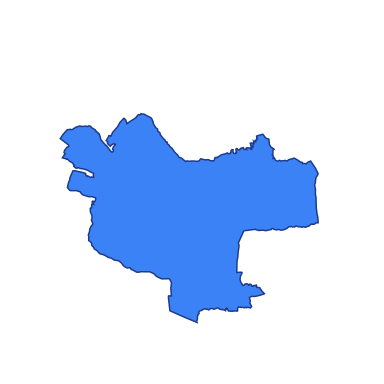 Samburesti, Olt, Romania, rotated 51°
{"feature_id": "2599482B81020237886939", "entity_name": "Samburesti", "entity_type": "district", "adm_level": 2, "iso_a3": "ROU", "parent_name": "Romania", "parent_adm1": "Olt", "projection": "albers", "projection_center": [24.401, 44.822], "detail": "fine", "context": "isolated", "style": "filled", "palette": "blue", "viewbox_px": 384, "rotation_deg": 51, "n_neighbors": 0, "source": "geoboundaries", "source_scale": "gbopen_adm2", "svg_char_len": 6067}
<svg xmlns="http://www.w3.org/2000/svg" viewBox="0 0 384 384"><g transform="rotate(51 192 192)"><path d="M177.0,302.8L182.0,302.5L184.8,300.4L188.8,298.6L189.7,298.5L192.7,296.3L195.9,295.3L199.4,292.2L202.8,291.5L206.1,291.7L208.1,291.2L210.3,290.2L211.8,287.8L214.0,288.0L215.3,287.1L219.4,285.5L221.0,283.6L221.7,282.0L227.4,275.1L231.3,273.1L235.3,272.7L239.5,270.7L240.6,270.0L244.8,264.6L245.7,264.2L249.6,265.0L253.3,268.9L259.8,273.4L258.0,275.6L258.8,276.5L270.4,283.9L286.4,275.7L296.5,270.2L295.3,269.8L295.2,269.2L293.6,267.2L292.3,266.3L291.6,265.0L291.1,264.7L290.9,263.0L289.5,262.1L289.2,261.7L289.2,261.0L290.1,259.1L290.3,257.1L290.8,255.6L291.7,255.0L292.2,254.3L294.3,253.1L294.2,250.8L295.4,249.5L296.9,248.8L297.9,245.7L298.3,245.0L299.2,244.4L300.6,244.2L303.9,241.2L305.4,240.6L304.0,239.2L304.3,238.8L304.2,238.3L304.9,238.6L305.0,238.1L305.4,238.0L306.8,238.5L307.5,238.5L310.3,235.4L311.0,233.7L311.3,233.7L312.8,232.0L313.1,231.5L313.0,231.1L311.5,230.2L310.6,228.9L310.6,228.2L311.7,227.4L312.1,226.6L312.7,226.3L313.8,224.9L314.9,224.2L315.1,223.1L316.1,222.7L316.3,221.8L317.2,220.8L318.9,219.6L318.6,217.8L314.7,216.8L313.1,215.1L310.4,214.0L310.1,213.6L310.6,211.4L312.7,208.9L314.3,205.8L316.6,200.3L316.6,199.7L312.8,200.1L308.9,199.6L306.9,201.7L304.4,200.2L305.0,201.2L303.4,203.1L303.6,203.8L303.2,204.6L302.7,204.8L301.9,204.3L300.7,204.5L299.9,205.3L300.3,206.2L300.1,206.7L299.1,206.5L297.8,207.1L297.6,207.7L296.9,208.6L297.1,210.2L296.8,211.2L292.5,210.8L289.9,209.5L287.8,207.1L286.4,204.1L286.0,203.8L285.5,204.0L282.7,207.8L274.2,200.7L271.9,197.9L267.1,193.3L264.0,189.8L262.6,188.7L260.8,188.1L254.8,176.1L260.9,166.2L261.7,166.0L263.3,164.7L263.9,164.4L266.1,161.1L268.6,158.9L270.1,155.6L271.0,154.2L270.7,153.1L270.7,152.6L272.9,151.6L274.8,150.0L275.6,148.1L277.4,147.1L278.0,146.4L278.9,144.9L279.5,143.1L280.1,140.9L279.9,138.7L280.1,138.3L280.9,137.4L281.2,136.6L282.3,136.1L283.0,134.9L283.8,134.3L283.8,132.8L284.1,132.3L286.6,130.7L287.5,129.3L288.4,129.0L289.3,127.0L290.9,126.0L291.2,124.5L292.1,122.7L291.9,119.8L294.0,117.3L294.0,115.2L295.3,113.3L290.6,110.0L288.0,108.8L282.7,105.5L274.3,99.1L271.1,97.3L267.7,94.4L263.7,92.3L262.6,90.5L259.2,87.1L258.5,85.7L257.9,83.8L257.1,82.4L251.2,81.1L242.6,80.3L241.7,83.5L242.0,85.2L241.8,85.8L241.0,86.2L239.6,88.1L239.2,88.2L238.5,87.6L236.3,89.3L235.3,89.2L234.8,89.7L233.9,89.7L230.1,91.2L229.5,92.2L229.4,93.0L228.4,94.8L227.8,96.4L227.7,98.8L226.3,99.5L223.9,103.3L222.8,103.8L222.4,104.3L221.9,106.1L220.5,106.9L219.1,107.2L218.2,106.9L218.1,106.6L216.8,106.7L216.7,107.7L215.4,106.2L213.6,106.3L213.6,105.4L210.6,102.9L210.4,102.5L210.5,101.3L208.8,101.6L206.9,102.4L204.5,102.1L203.1,101.6L199.6,99.1L198.9,99.2L197.8,100.1L196.5,100.7L191.8,100.6L191.4,101.1L189.2,106.6L190.6,107.6L191.7,107.7L191.4,108.4L192.4,109.5L191.8,110.2L192.6,110.8L191.8,110.9L192.3,112.3L191.6,112.3L193.2,113.2L193.5,114.0L192.7,113.9L191.8,114.3L190.7,116.0L194.0,117.5L194.6,116.6L194.1,115.2L195.6,116.5L195.4,117.7L194.9,117.9L196.3,118.8L196.3,119.1L195.2,119.3L194.4,119.1L193.9,120.0L193.0,120.4L192.0,121.9L192.2,122.3L193.0,122.7L192.5,122.8L192.3,123.4L192.6,123.7L192.4,124.1L191.0,124.8L190.6,124.8L190.2,124.2L189.7,124.2L188.6,127.1L189.3,128.0L188.9,129.0L188.2,129.7L187.7,129.8L186.9,129.5L186.5,129.7L186.2,130.4L186.4,131.0L188.6,132.3L189.2,132.2L189.5,133.0L189.1,133.1L189.6,133.6L189.5,134.0L188.9,134.4L188.6,135.1L188.1,135.3L186.0,134.6L185.0,133.5L184.3,134.3L184.3,135.6L185.5,136.3L185.6,137.2L186.2,138.0L185.2,139.5L184.1,139.8L183.7,140.4L183.1,142.6L182.3,144.0L181.5,146.2L181.0,151.1L180.5,151.1L179.8,152.3L180.1,153.3L181.0,154.2L181.5,155.2L180.9,156.3L179.3,157.9L177.5,158.7L176.3,160.0L175.5,161.4L171.7,164.3L172.2,166.8L171.8,168.2L167.9,172.4L166.7,174.4L164.7,176.4L164.4,176.8L164.3,177.8L159.0,178.8L156.5,180.3L154.2,179.9L150.2,180.4L145.3,180.0L143.0,180.6L141.0,180.3L139.3,180.7L138.7,180.7L137.6,179.9L136.2,180.8L134.8,180.3L130.9,180.7L127.3,180.5L125.5,179.6L123.3,180.4L121.5,179.1L118.9,179.7L115.6,179.2L114.2,178.9L113.2,178.1L109.3,177.1L107.6,177.5L103.9,179.3L101.2,180.3L100.3,181.4L99.1,182.2L99.4,182.6L99.2,183.1L99.2,184.0L98.3,184.7L98.2,186.0L98.8,188.6L99.0,188.6L97.8,199.7L96.9,199.1L95.3,198.7L94.7,198.1L93.8,198.4L92.5,198.2L91.8,198.7L92.6,204.3L94.4,208.6L95.8,216.3L97.5,219.7L97.5,220.0L97.1,220.0L95.9,221.1L96.6,222.3L98.0,226.3L99.8,225.8L100.5,226.4L100.5,226.8L101.7,227.1L105.0,226.7L104.8,225.1L105.0,223.1L105.1,222.7L106.7,221.5L106.9,221.6L107.3,224.2L108.4,226.5L109.1,226.9L110.2,226.8L110.7,227.1L111.0,228.6L110.5,229.2L108.6,229.5L102.2,229.2L100.8,229.7L96.3,229.9L95.5,229.7L94.4,229.9L92.6,229.3L90.9,228.4L88.4,227.6L87.9,228.2L86.8,227.7L86.0,227.8L84.8,228.6L84.1,228.1L82.8,228.1L79.5,229.3L76.8,229.6L75.6,230.7L75.5,231.9L74.6,232.4L71.6,236.5L70.1,237.6L68.6,241.4L68.1,245.9L67.3,246.9L66.6,247.1L66.1,248.3L65.1,249.6L66.0,255.6L67.6,260.8L77.6,258.4L78.8,258.7L79.0,260.2L78.6,260.7L78.6,261.1L79.4,264.7L80.7,266.6L82.7,266.4L82.9,267.4L82.7,267.6L83.9,271.2L87.0,269.0L87.6,268.9L87.6,268.2L91.6,267.6L94.5,266.4L96.1,266.9L97.2,266.5L97.5,267.7L97.7,267.8L100.7,267.1L100.9,266.2L101.3,265.9L101.2,265.2L103.3,264.2L105.9,261.7L109.4,259.4L112.5,258.3L115.5,256.7L116.5,257.9L118.7,259.2L116.9,260.8L116.9,261.6L116.6,261.9L114.5,262.6L113.0,263.6L113.2,263.8L111.3,263.7L110.6,263.0L108.1,264.6L102.4,269.1L100.6,271.2L104.2,278.0L105.8,279.6L106.7,281.7L110.1,286.0L113.6,286.0L114.6,285.4L118.4,280.8L121.6,278.8L123.8,279.0L125.3,278.8L130.7,275.2L132.9,272.4L136.1,270.6L137.1,271.4L138.1,273.1L138.2,274.0L136.7,274.7L136.7,275.7L137.2,276.0L137.8,275.4L138.7,276.1L139.6,276.2L138.4,277.2L138.5,277.7L141.1,280.1L140.6,281.1L140.8,281.5L143.7,283.6L146.9,284.4L148.2,285.2L149.6,286.3L150.4,287.8L154.2,289.0L154.6,289.5L155.0,291.7L156.5,294.8L158.2,296.5L160.2,299.7L161.7,300.3L164.8,302.9L165.9,302.4L168.0,302.2L169.3,302.7L170.4,303.5L172.8,303.3L174.8,303.7L175.8,303.5L177.0,302.8Z" fill="#3b82f6" stroke="#1e3a8a" stroke-width="1.5"/></g></svg>